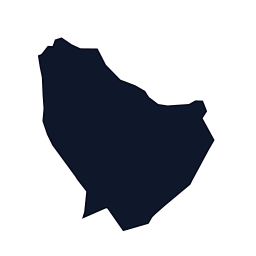 To'grog, Övörhangay, Mongolia (Mercator projection), rotated 350°
{"feature_id": "93677404B32305835855955", "entity_name": "To'grog", "entity_type": "district", "adm_level": 2, "iso_a3": "MNG", "parent_name": "Mongolia", "parent_adm1": "Övörhangay", "projection": "mercator", "projection_center": [103.168, 45.3], "detail": "fine", "context": "isolated", "style": "filled", "palette": "ink", "viewbox_px": 256, "rotation_deg": 350, "n_neighbors": 0, "source": "geoboundaries", "source_scale": "gbopen_adm2", "svg_char_len": 716}
<svg xmlns="http://www.w3.org/2000/svg" viewBox="0 0 256 256"><g transform="rotate(350 128 128)"><path d="M71.9,28.9L68.3,35.1L63.5,34.0L55.8,40.9L52.6,41.5L52.4,52.5L52.7,63.1L50.4,80.5L48.9,94.5L45.7,106.4L47.8,120.2L51.1,131.6L68.5,166.9L69.3,169.2L76.7,183.2L71.0,203.3L68.4,208.3L92.2,202.5L94.1,202.9L105.7,227.9L131.3,225.1L136.0,219.5L139.8,216.9L150.5,210.4L179.1,194.0L182.4,189.5L182.7,189.2L203.4,163.0L210.3,154.8L202.3,131.2L207.2,125.9L208.0,125.0L205.9,114.7L199.3,113.3L192.1,115.7L170.7,113.4L161.5,110.3L153.6,101.8L152.1,98.6L151.9,97.9L150.7,95.0L142.4,88.0L128.4,79.6L116.6,62.3L111.3,45.1L94.7,42.0L86.5,36.3L78.1,28.1L71.9,28.9Z" fill="#0f172a" stroke="#020617" stroke-width="1.5"/></g></svg>